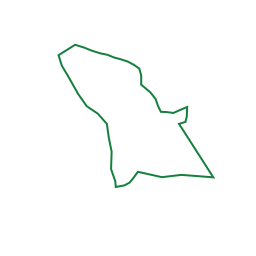 outline of Sertãozinho, Paraíba, Brazil, rotated 214°
{"feature_id": "56859067B84212218420473", "entity_name": "Sertãozinho", "entity_type": "district", "adm_level": 2, "iso_a3": "BRA", "parent_name": "Brazil", "parent_adm1": "Paraíba", "projection": "albers", "projection_center": [-35.418, -6.737], "detail": "fine", "context": "isolated", "style": "outline", "palette": "green", "viewbox_px": 256, "rotation_deg": 214, "n_neighbors": 0, "source": "geoboundaries", "source_scale": "gbopen_adm2", "svg_char_len": 672}
<svg xmlns="http://www.w3.org/2000/svg" viewBox="0 0 256 256"><g transform="rotate(214 128 128)"><path d="M218.4,167.4L226.3,149.5L217.6,142.6L207.1,137.7L188.5,128.4L174.5,123.0L161.1,123.0L147.8,119.6L138.6,109.3L128.4,99.3L119.0,84.4L108.7,76.7L105.2,72.3L98.9,78.4L96.2,83.5L95.6,89.6L95.3,97.2L72.4,106.2L57.5,119.0L29.7,134.8L82.7,157.7L88.0,159.9L83.8,165.2L85.7,170.4L90.7,178.5L95.6,171.0L98.7,165.9L104.9,162.8L109.8,159.8L115.6,163.1L121.2,167.4L129.2,170.0L141.3,171.3L146.4,178.9L151.8,183.5L158.1,183.7L165.6,182.9L172.8,180.8L179.1,178.6L185.7,177.3L192.7,174.4L202.3,171.6L209.2,170.2L218.4,167.4Z" fill="none" stroke="#15803d" stroke-width="2"/></g></svg>